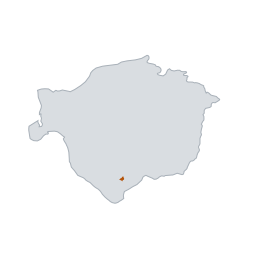 location of Ciprian Porumbescu, Suceava, Romania, rotated 161°
{"feature_id": "2599482B10276215213878", "entity_name": "Ciprian Porumbescu", "entity_type": "district", "adm_level": 2, "iso_a3": "ROU", "parent_name": "Romania", "parent_adm1": "Suceava", "projection": "mercator", "projection_center": [26.075, 47.579], "detail": "fine", "context": "in_parent", "style": "filled", "palette": "amber", "viewbox_px": 256, "rotation_deg": 161, "n_neighbors": 0, "source": "geoboundaries", "source_scale": "gbopen_adm2", "svg_char_len": 3779}
<svg xmlns="http://www.w3.org/2000/svg" viewBox="0 0 256 256"><g transform="rotate(161 128 128)"><path d="M193.7,144.4L195.9,147.4L198.6,149.0L204.8,150.7L205.4,150.5L205.5,150.1L205.0,149.7L205.0,149.2L205.3,148.5L206.1,148.4L207.6,149.0L210.3,148.2L214.2,145.8L217.9,145.3L221.2,146.7L222.9,148.4L224.0,149.9L223.7,151.8L223.5,153.0L222.6,158.0L222.0,159.8L221.0,161.9L210.7,164.3L211.3,163.1L211.1,161.1L210.7,159.5L211.6,158.1L209.3,157.6L208.3,158.4L207.5,159.7L208.2,162.8L207.1,164.5L206.6,165.5L206.6,167.8L205.9,168.8L205.8,169.8L207.4,169.5L206.7,171.5L203.6,175.2L202.5,177.5L202.8,186.3L201.4,191.5L201.3,193.1L198.0,193.1L197.0,193.0L193.9,192.2L190.4,190.8L188.4,188.1L187.1,186.2L184.1,187.1L183.5,186.8L182.7,185.9L180.5,185.3L177.7,185.3L171.6,181.7L170.9,181.1L166.0,181.7L158.8,183.5L153.2,185.6L147.5,189.5L145.1,192.4L142.5,193.9L138.6,195.1L131.8,194.7L124.6,193.2L117.0,191.6L112.8,192.5L107.2,191.8L98.8,190.0L92.5,189.4L86.3,190.5L85.3,189.7L85.0,188.7L85.3,187.3L86.1,186.2L87.6,185.4L88.4,184.5L88.5,183.6L86.8,182.2L83.4,180.3L82.0,179.1L81.6,178.8L81.5,177.7L80.8,176.9L79.5,176.3L78.4,175.1L77.7,173.5L77.8,172.0L78.9,170.5L80.2,169.9L81.9,170.1L82.6,169.7L82.3,168.7L80.7,167.4L77.8,165.8L74.8,166.7L71.7,169.9L69.5,170.5L68.2,168.3L65.8,166.9L62.4,166.5L60.3,165.7L59.5,164.4L58.0,163.4L54.7,162.4L54.6,161.3L55.2,161.1L56.3,161.0L57.9,160.8L58.2,160.2L58.2,159.7L56.9,159.0L55.7,158.6L55.0,158.1L54.6,157.7L54.5,157.1L54.9,156.8L55.4,156.7L55.9,156.4L56.2,155.2L56.9,154.2L57.3,153.9L57.3,153.1L56.8,152.4L56.1,151.9L55.1,151.5L52.0,150.4L50.4,149.0L49.4,148.9L47.8,148.1L46.2,146.9L44.7,145.1L43.2,143.9L42.8,143.4L42.7,143.0L43.0,142.5L43.0,141.9L42.6,140.1L42.9,138.3L42.8,136.5L42.8,135.7L42.5,135.5L42.2,135.7L41.8,136.1L41.5,136.1L40.3,134.9L38.9,132.2L37.9,131.4L36.0,130.2L34.3,129.1L33.2,127.0L32.0,125.3L32.8,124.5L37.4,123.5L39.5,124.5L40.5,124.2L41.4,123.4L41.9,122.7L42.0,122.1L42.5,121.2L44.1,120.8L48.2,121.3L49.8,120.2L50.4,119.5L50.8,118.1L51.3,117.0L52.7,116.3L52.7,115.3L52.5,114.2L53.3,111.6L53.9,110.6L54.7,110.2L55.7,109.4L57.4,107.7L57.0,106.3L57.4,105.2L59.2,102.6L60.6,100.0L60.6,98.8L60.8,97.6L62.0,96.4L63.3,94.8L65.0,89.9L65.6,89.0L66.7,88.1L67.6,87.1L67.6,83.9L68.4,82.9L69.9,81.8L71.4,80.1L72.6,78.1L73.6,77.1L74.8,76.9L76.1,76.1L77.6,75.8L79.1,76.2L80.0,76.0L81.4,75.0L84.9,71.3L85.4,70.5L86.2,70.0L89.1,68.7L89.8,67.4L90.8,66.3L92.1,66.3L96.2,69.2L100.7,69.0L101.5,69.1L101.8,69.2L102.3,69.4L108.3,70.9L109.2,70.7L109.5,70.6L111.8,71.8L114.0,71.6L116.0,70.8L118.1,70.5L120.0,71.0L121.4,72.7L125.2,76.1L126.4,77.4L128.1,77.3L130.0,76.6L132.0,74.3L138.0,71.6L142.5,71.0L147.0,69.9L152.1,69.1L153.6,67.0L154.4,65.5L155.0,62.7L157.8,61.9L160.4,61.4L161.4,61.0L163.3,60.9L164.8,61.1L167.1,62.5L168.7,64.2L169.4,65.6L170.7,67.5L172.2,70.1L173.8,73.7L174.2,75.5L174.8,77.4L176.0,79.8L178.2,82.4L178.5,82.9L179.6,84.7L181.6,88.8L183.2,90.4L184.7,92.2L185.4,93.9L186.4,95.5L188.9,97.7L190.9,99.6L192.5,105.1L193.6,107.7L194.3,109.6L193.9,113.5L194.4,115.2L193.5,118.2L191.8,124.4L191.4,129.2L191.7,131.8L191.8,133.5L192.1,134.6L192.6,136.8L192.7,138.7L192.1,139.3L191.2,139.7L190.9,140.1L191.7,141.0L192.7,142.6L193.7,144.4Z" fill="#d9dde1" stroke="#a8b0b8" stroke-width="1"/><path d="M149.6,82.3L149.6,82.2L149.8,82.2L149.8,82.3L149.9,82.2L150.0,82.2L150.3,82.1L150.5,82.0L150.8,82.1L151.0,82.1L151.3,82.0L151.3,81.9L151.4,82.0L151.6,81.9L151.4,81.8L151.4,81.7L151.2,81.4L151.2,81.2L150.9,81.0L150.7,81.1L150.4,81.2L150.2,81.3L150.2,81.2L150.1,81.3L150.1,81.2L150.0,81.3L149.9,81.3L149.7,81.3L149.4,81.4L149.4,81.2L149.2,81.2L149.2,81.3L149.0,81.5L148.9,81.6L148.9,81.8L149.0,81.9L149.0,82.0L149.0,82.3L149.1,82.2L149.3,82.2L149.3,82.3L149.5,82.3L149.6,82.3Z" fill="#f59e0b" stroke="#b45309" stroke-width="1.5"/></g></svg>